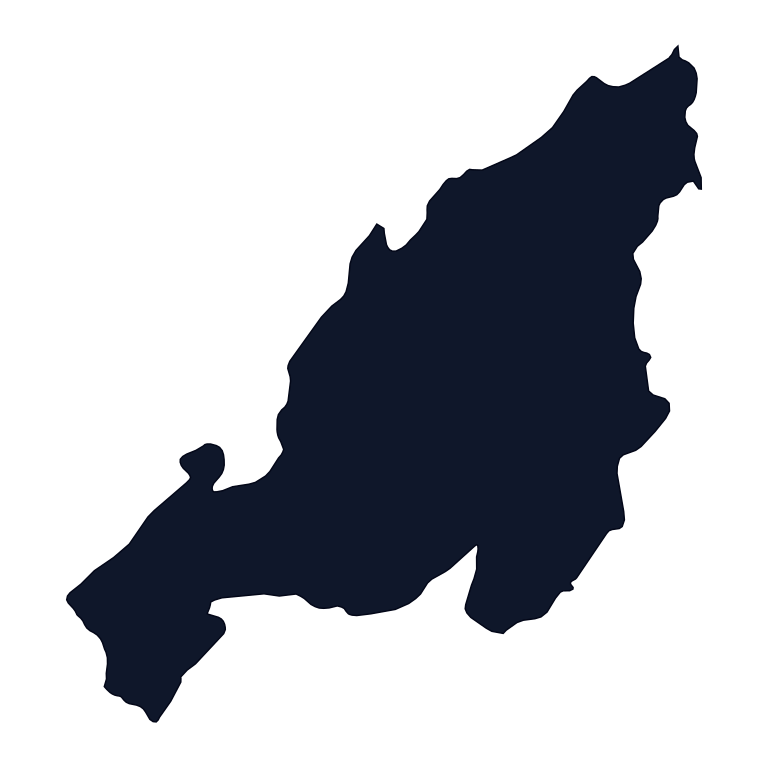 SVG path tracing the border of Nagaland
{"feature_id": "IND-2479", "entity_name": "Nagaland", "entity_type": "State", "adm_level": 1, "iso_a3": "IND", "parent_name": "India", "parent_adm1": "", "projection": "mercator", "projection_center": [94.35, 26.119], "detail": "fine", "context": "isolated", "style": "filled", "palette": "ink", "viewbox_px": 768, "rotation_deg": 0, "n_neighbors": 0, "source": "natural_earth", "source_scale": "10m", "svg_char_len": 4224}
<svg xmlns="http://www.w3.org/2000/svg" viewBox="0 0 768 768"><path d="M701.3,189.1L698.7,188.8L693.4,181.1L687.3,182.2L684.2,184.7L679.6,191.8L676.8,194.7L673.5,196.2L666.2,198.0L663.3,199.5L660.1,202.9L658.8,205.7L657.8,216.3L657.9,218.6L657.4,221.2L655.7,225.3L652.2,231.0L642.5,242.1L637.3,246.3L632.8,253.4L633.4,259.3L639.8,271.6L641.2,278.7L640.6,284.2L636.0,296.6L633.8,308.3L633.2,323.1L634.7,337.8L638.8,349.0L641.3,351.5L644.0,352.5L646.8,353.1L649.4,354.5L650.7,357.4L649.1,360.1L646.6,363.0L645.3,366.1L648.6,391.0L653.1,395.0L664.9,398.8L669.1,403.3L669.5,411.0L665.6,418.4L655.2,431.3L641.1,446.5L635.7,450.3L623.3,454.8L619.5,458.3L617.3,466.3L617.0,473.4L623.7,511.5L624.4,519.9L622.2,526.5L619.3,528.5L612.2,529.5L609.0,530.7L606.5,533.6L576.7,577.7L575.5,579.0L572.0,580.9L570.6,582.2L570.5,584.1L573.1,587.5L572.9,589.1L569.7,590.7L563.2,590.8L560.3,592.1L555.5,598.1L547.0,612.1L541.0,616.9L534.9,618.7L523.4,620.2L517.0,622.5L506.2,630.2L503.2,633.4L491.8,631.3L486.3,628.2L470.8,617.4L466.9,612.9L465.2,608.8L465.7,604.7L471.5,585.2L474.0,578.8L476.7,569.1L476.6,556.9L477.8,551.8L478.1,548.9L477.8,545.5L476.6,544.7L474.7,546.0L450.0,568.3L445.4,571.5L431.8,579.1L427.5,583.0L420.5,594.0L415.6,598.6L408.7,603.5L395.3,609.4L370.8,613.8L356.8,615.5L352.0,615.1L349.3,614.3L348.6,613.9L348.2,613.6L346.0,611.1L344.3,608.5L341.5,607.0L337.3,605.9L329.1,607.9L323.7,608.3L319.2,608.0L315.1,606.6L311.0,604.4L304.3,598.5L300.6,596.2L296.1,594.0L285.9,595.2L279.3,596.0L264.0,593.8L221.9,597.8L214.6,600.0L210.7,602.0L210.3,604.7L209.5,607.8L207.6,612.5L207.3,613.7L207.3,613.8L207.5,613.9L208.0,614.2L218.4,617.3L221.3,619.0L223.3,621.3L224.6,624.3L225.2,627.3L225.3,629.6L223.7,633.6L195.5,663.8L187.2,670.0L180.7,677.0L180.9,678.5L180.8,682.1L170.7,701.3L159.5,717.2L158.2,719.9L156.2,721.9L153.1,721.6L149.9,719.4L145.6,712.0L143.4,708.9L140.4,706.6L136.6,705.1L129.2,703.6L126.2,702.2L124.1,700.3L121.5,697.1L120.7,696.5L119.3,696.0L117.2,695.7L114.8,695.1L112.2,693.9L110.1,692.5L106.9,689.5L104.3,686.6L106.5,679.0L106.3,673.3L107.5,664.0L107.4,657.7L106.1,652.4L104.6,649.1L102.5,642.6L100.6,638.9L97.2,635.0L93.5,632.5L90.0,630.7L86.8,628.0L84.7,624.7L82.9,620.9L80.8,618.2L78.6,616.3L77.3,615.1L76.7,614.2L76.5,613.6L75.2,611.0L73.3,608.4L68.3,603.0L66.7,599.8L67.5,596.0L70.0,592.8L81.0,584.1L94.4,570.7L113.7,557.5L129.3,544.1L148.0,516.9L154.3,510.5L186.5,482.8L189.6,479.6L190.6,477.5L189.9,475.5L188.5,473.3L183.3,468.3L181.3,465.4L180.2,462.2L180.3,459.3L182.7,456.5L186.7,454.1L195.9,450.4L203.3,446.0L204.9,444.6L207.1,444.0L210.5,444.0L216.4,445.6L219.6,447.4L222.2,450.7L223.5,454.8L224.1,459.7L224.2,465.1L223.4,469.5L221.8,473.4L219.2,477.0L213.8,483.2L212.4,486.2L212.1,488.2L212.5,490.7L213.9,491.9L216.9,491.8L222.7,490.7L232.7,486.7L249.0,484.2L255.4,482.4L265.6,476.0L269.9,471.5L278.6,457.9L281.2,455.0L282.8,452.0L283.7,449.4L280.8,441.7L278.7,437.8L277.8,435.1L277.2,431.9L277.0,429.6L277.2,419.5L278.4,414.6L281.7,409.9L284.8,407.2L286.8,404.3L288.1,401.1L290.6,381.0L290.2,376.8L287.8,368.5L288.1,365.7L289.8,361.3L321.4,317.2L331.9,306.0L340.5,299.5L343.8,296.0L346.1,291.7L348.3,283.1L350.1,263.9L352.1,257.2L356.0,250.4L369.4,235.7L376.8,224.1L383.9,228.5L384.3,233.3L386.3,243.9L386.4,244.3L386.4,244.6L387.7,247.3L389.6,249.8L392.5,251.2L396.1,251.1L401.9,248.2L406.2,245.0L410.4,240.0L415.7,235.0L418.9,231.6L426.9,219.3L427.2,212.8L427.1,209.7L427.3,205.8L429.6,201.0L439.8,189.5L443.1,184.5L446.3,180.7L448.8,178.8L451.8,178.4L456.7,178.6L460.1,177.6L463.7,174.5L466.7,171.2L469.6,169.4L472.5,169.8L482.2,170.1L509.4,158.2L516.5,154.9L541.4,137.4L552.5,127.6L563.7,111.6L573.1,95.0L577.2,90.1L586.6,81.5L589.5,78.3L591.8,76.6L594.3,76.7L596.4,77.7L604.2,83.6L608.1,85.6L612.9,86.7L618.8,87.0L625.2,85.2L629.7,83.2L668.6,58.4L669.0,58.3L669.8,57.0L671.9,54.6L674.4,49.5L677.9,46.1L679.0,57.1L682.3,59.9L685.2,60.9L688.7,62.8L694.1,68.1L696.2,73.2L697.1,78.7L696.2,92.7L695.3,96.3L694.1,99.6L692.5,102.4L690.6,104.4L688.4,105.9L686.4,108.1L685.3,110.9L684.8,117.4L685.8,121.7L687.8,125.3L694.2,130.6L696.7,133.6L697.4,136.4L694.7,147.8L693.9,154.4L694.2,158.6L694.8,161.2L701.1,177.6L701.3,189.0L701.3,189.1Z" fill="#0f172a" stroke="#020617" stroke-width="1.5"/></svg>